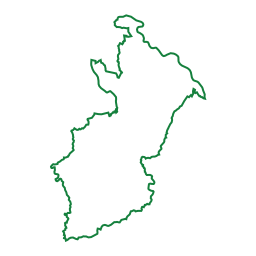 outline of Huong Thuy, Thừa Thiên - Huế, Vietnam
{"feature_id": "81297802B27432396017289", "entity_name": "Huong Thuy", "entity_type": "district", "adm_level": 2, "iso_a3": "VNM", "parent_name": "Vietnam", "parent_adm1": "Thừa Thiên - Huế", "projection": "robinson", "projection_center": [107.606, 16.324], "detail": "fine", "context": "isolated", "style": "outline", "palette": "green", "viewbox_px": 256, "rotation_deg": 0, "n_neighbors": 0, "source": "geoboundaries", "source_scale": "gbopen_adm2", "svg_char_len": 5778}
<svg xmlns="http://www.w3.org/2000/svg" viewBox="0 0 256 256"><path d="M65.9,240.6L67.5,239.9L69.2,238.4L70.8,237.7L73.0,237.5L75.9,238.9L77.6,239.3L77.8,239.1L78.6,237.5L81.3,237.3L83.4,236.3L85.1,236.5L86.0,236.4L88.5,237.4L91.1,237.1L97.3,233.8L97.5,232.8L97.3,230.4L97.7,228.6L99.3,228.9L100.6,229.6L101.6,226.9L102.2,226.1L103.1,225.3L104.9,224.9L106.3,225.3L107.4,225.8L108.6,225.9L111.1,224.7L114.3,222.1L116.2,222.1L117.0,221.9L118.9,222.4L119.7,222.4L121.4,219.9L125.2,218.9L126.3,219.2L126.6,217.8L127.4,216.4L129.7,214.4L130.8,211.3L132.1,211.1L133.7,210.3L134.8,210.6L135.5,211.4L137.7,210.9L141.3,210.9L141.9,209.7L141.5,208.4L142.1,206.9L142.4,206.8L143.8,207.2L144.0,206.4L144.9,205.6L144.9,204.9L145.9,204.8L147.1,203.9L147.6,203.9L148.2,204.4L149.5,204.3L149.7,203.3L151.3,201.0L151.6,200.0L151.6,199.4L150.8,198.5L150.9,196.3L152.5,194.6L153.0,193.7L153.6,191.8L153.2,191.1L151.1,190.7L149.3,189.8L148.5,189.0L148.4,188.3L148.9,184.6L149.1,184.0L150.2,183.6L151.7,183.9L153.6,184.0L154.1,183.5L154.4,182.2L153.7,180.9L151.8,178.7L151.7,178.1L152.1,176.5L151.7,175.7L150.0,174.9L146.8,175.0L145.9,174.0L145.5,172.4L144.8,171.8L145.0,171.2L144.7,170.4L144.9,169.1L144.5,168.1L143.9,168.0L143.7,167.1L142.7,166.3L142.6,166.0L143.1,165.6L143.1,164.9L142.1,164.5L140.7,162.4L141.3,160.6L140.8,159.9L141.4,158.8L141.7,157.4L142.5,156.8L144.2,157.0L145.2,157.6L145.7,158.6L146.5,158.1L148.1,157.8L150.1,158.2L151.6,156.9L153.1,156.6L154.7,156.6L156.4,156.0L157.9,154.9L159.2,154.6L158.6,152.9L158.8,151.8L159.4,150.9L161.4,148.9L161.4,148.2L160.7,146.4L160.9,145.8L163.9,142.4L164.3,141.5L164.3,139.9L164.9,138.4L165.4,137.9L166.2,137.6L165.7,136.7L165.8,134.7L167.2,133.3L166.6,132.6L167.1,130.6L167.8,129.0L168.2,128.6L168.4,127.8L170.3,124.0L171.6,122.4L172.1,120.3L172.0,118.7L171.6,118.1L171.9,117.3L172.6,116.4L173.3,113.6L174.1,112.0L174.5,111.3L175.7,110.7L177.0,109.5L178.8,108.4L179.6,107.3L179.8,106.6L181.6,105.8L184.2,101.1L187.4,96.4L189.0,97.2L191.0,95.0L191.9,96.3L193.2,93.7L193.0,91.2L193.5,88.9L195.0,89.8L194.5,92.3L195.3,93.1L196.9,92.3L197.9,94.1L199.4,96.2L200.3,96.1L200.7,96.8L201.4,97.2L202.1,97.1L203.4,98.3L205.0,98.7L204.5,97.2L204.7,94.3L203.2,90.6L202.5,88.1L202.0,87.1L198.4,82.4L197.2,81.6L194.2,80.6L193.1,79.8L191.9,77.6L190.9,72.4L189.9,70.3L188.4,68.8L187.2,68.0L182.0,65.6L180.1,64.1L178.9,62.3L178.5,61.1L178.4,57.2L177.9,56.2L176.1,54.7L174.7,54.0L173.7,53.6L170.6,53.2L166.8,54.8L165.5,55.6L163.8,56.1L163.0,55.8L162.0,55.0L158.6,50.2L156.3,47.8L155.4,47.7L153.1,48.2L151.3,47.9L150.3,46.9L149.4,45.7L148.7,43.6L148.0,42.3L146.9,41.9L144.3,41.9L143.7,41.4L143.5,40.8L143.9,38.9L143.9,38.1L143.2,36.0L142.5,34.8L140.0,33.1L138.0,32.2L137.5,31.7L137.0,29.5L137.4,28.1L138.4,27.0L142.3,26.5L142.7,26.2L143.3,24.9L143.3,24.3L142.9,23.3L142.4,22.7L141.0,21.8L136.3,20.4L131.0,16.7L126.2,15.4L123.1,16.8L119.7,16.8L118.4,17.1L117.6,18.4L117.5,19.7L116.3,20.0L115.6,21.1L114.6,21.7L114.4,22.2L114.9,23.3L114.8,25.2L116.8,27.1L117.7,27.0L120.2,27.2L122.1,28.1L123.6,27.7L126.8,28.3L128.3,28.0L128.3,31.7L131.3,36.2L128.5,36.8L127.3,36.7L126.5,36.6L126.5,35.8L124.1,35.5L124.9,40.6L124.3,40.7L124.4,41.1L123.8,41.3L123.8,41.6L123.1,41.8L123.2,43.0L122.3,44.3L120.7,43.3L119.9,43.2L119.3,44.8L118.1,46.0L118.7,46.8L118.7,48.3L119.2,49.6L119.1,50.8L119.6,52.5L119.5,53.1L118.0,55.1L117.9,56.4L118.4,59.0L117.4,61.0L117.8,61.8L118.6,61.9L118.7,62.2L118.9,63.5L118.6,64.1L118.6,65.5L119.4,68.2L119.7,68.4L119.6,70.0L120.0,70.1L120.8,71.5L121.3,71.6L122.0,72.5L121.9,72.7L121.4,72.6L118.8,77.8L117.6,77.4L117.1,75.3L116.1,73.4L106.1,71.3L105.5,70.1L105.6,68.9L104.9,65.4L104.2,65.1L102.8,63.3L101.2,62.7L100.7,60.1L100.3,60.4L99.3,60.6L98.2,61.8L95.6,63.2L95.5,60.9L91.4,59.9L91.2,63.7L91.3,65.2L91.9,67.1L92.5,69.0L93.9,71.8L96.7,75.1L97.9,77.2L98.5,80.8L98.6,84.1L99.3,86.1L101.1,88.2L104.7,90.8L106.4,92.3L107.0,92.5L107.6,92.3L109.8,91.2L110.4,91.2L113.7,94.2L116.0,97.1L116.1,98.2L116.1,99.9L115.9,100.8L116.0,102.3L116.7,106.7L117.3,107.9L116.8,108.8L116.1,109.0L115.8,110.0L116.0,110.5L116.9,110.2L116.8,110.9L117.2,111.5L117.1,111.8L116.3,112.5L116.2,111.6L115.3,111.1L114.9,111.9L114.3,111.6L113.8,112.6L113.1,112.3L112.9,112.8L111.7,113.5L111.0,114.9L110.5,114.4L110.4,114.5L109.8,116.1L109.4,116.1L108.3,112.6L101.5,114.3L98.3,114.1L94.5,113.4L94.3,114.6L91.9,117.8L87.7,118.9L87.5,119.7L88.5,121.3L88.6,123.1L88.3,124.6L86.3,124.7L84.9,126.9L83.1,128.6L82.1,128.2L80.7,129.3L80.1,129.4L79.3,128.8L78.1,129.8L77.5,129.9L76.7,129.8L74.4,128.3L73.9,129.2L73.0,130.1L71.5,130.6L71.3,131.2L72.2,132.5L73.1,135.1L73.0,136.1L73.4,137.3L72.8,138.9L72.9,139.6L73.9,140.5L73.6,142.2L72.9,143.1L72.6,144.3L73.1,145.1L73.3,146.2L72.7,148.1L73.6,149.8L73.6,150.2L69.8,153.5L68.9,155.4L68.3,155.7L68.1,156.6L65.5,157.6L64.0,157.5L64.1,158.3L63.6,159.3L61.9,159.9L60.0,161.5L57.8,162.6L57.5,164.0L54.6,164.5L53.2,164.2L51.8,165.5L51.0,166.6L51.2,167.6L51.6,168.0L52.5,168.0L54.0,167.2L54.7,167.3L54.9,170.1L54.4,171.7L54.6,173.2L55.2,173.9L57.8,174.3L58.4,174.9L58.5,175.6L58.1,177.4L57.4,178.2L55.6,179.1L55.6,179.6L55.9,180.3L56.4,181.0L57.2,181.2L58.5,180.4L59.7,178.9L60.5,178.7L61.2,179.1L61.8,181.0L63.2,182.1L63.2,182.6L62.8,184.2L62.9,185.3L63.4,186.3L64.7,187.7L65.2,190.2L66.3,192.2L66.9,194.9L68.3,196.3L69.3,197.8L68.8,199.8L70.2,201.5L70.8,203.7L70.8,204.4L70.0,205.4L70.5,206.8L70.5,207.3L69.9,208.4L69.9,210.2L70.4,212.0L70.4,212.6L69.6,213.0L67.8,212.9L66.8,214.0L64.9,213.7L64.6,214.2L64.8,214.8L66.8,215.6L66.8,217.0L68.0,218.0L68.4,218.8L67.1,221.2L66.8,222.7L65.6,222.6L65.0,223.1L65.3,224.3L65.1,225.1L65.2,225.7L66.1,226.9L66.4,227.9L65.3,228.5L65.3,229.8L63.1,231.3L64.2,233.1L63.9,235.0L64.8,235.2L64.9,235.4L64.9,237.5L64.1,237.7L64.0,238.2L65.6,238.7L65.9,240.6Z" fill="none" stroke="#15803d" stroke-width="2"/></svg>